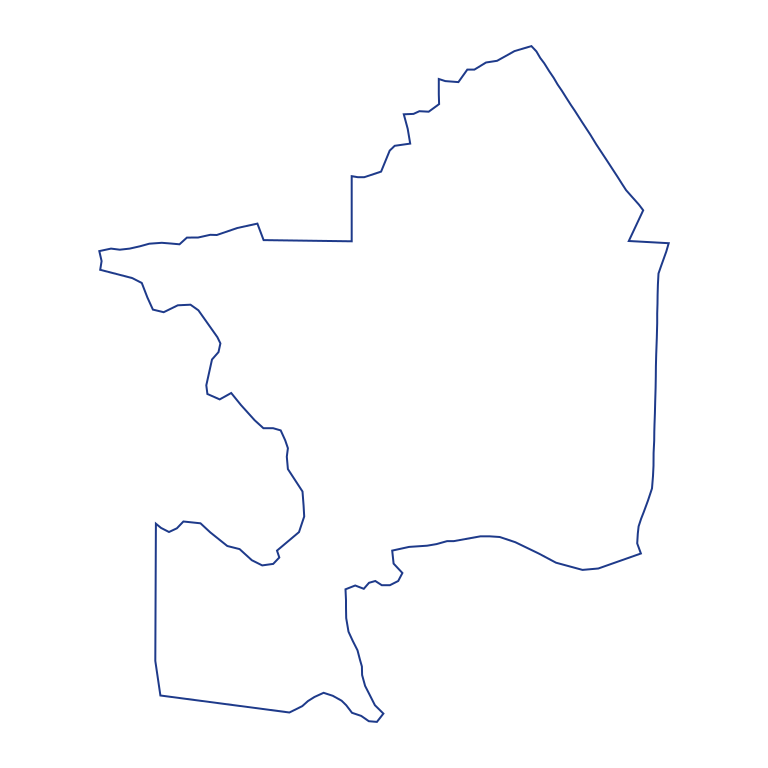 Caxingó, Piauí, Brazil
{"feature_id": "56859067B67253646809500", "entity_name": "Caxingó", "entity_type": "district", "adm_level": 2, "iso_a3": "BRA", "parent_name": "Brazil", "parent_adm1": "Piauí", "projection": "natural_earth1", "projection_center": [-41.859, -3.393], "detail": "fine", "context": "isolated", "style": "outline", "palette": "blue", "viewbox_px": 768, "rotation_deg": 0, "n_neighbors": 0, "source": "geoboundaries", "source_scale": "gbopen_adm2", "svg_char_len": 2423}
<svg xmlns="http://www.w3.org/2000/svg" viewBox="0 0 768 768"><path d="M257.4,223.6L237.3,228.0L216.8,235.0L210.3,234.8L198.2,237.5L186.9,237.6L179.5,244.3L170.6,243.5L161.8,242.8L149.3,243.7L139.9,246.3L129.7,248.6L119.8,249.7L111.0,248.6L99.3,251.1L101.6,261.1L100.2,269.8L132.3,278.1L141.8,283.0L147.4,297.5L152.9,309.6L163.7,312.2L177.8,305.3L190.5,304.7L198.4,310.3L217.4,337.2L220.4,343.4L218.5,352.1L212.0,359.5L206.3,385.3L207.4,394.0L219.7,399.4L231.2,393.0L241.0,405.1L254.7,420.3L263.4,428.2L273.1,428.2L280.7,430.4L285.2,440.3L287.9,448.2L286.8,456.7L287.9,469.1L302.5,491.5L303.6,505.8L304.2,516.5L299.0,532.1L277.0,550.6L279.3,557.5L273.2,563.9L262.2,565.4L251.8,560.2L239.6,549.1L227.3,546.0L210.3,532.4L200.5,523.3L183.4,521.5L176.9,528.3L169.0,532.0L161.0,527.9L155.9,523.7L155.3,660.9L160.4,695.5L289.4,712.5L302.3,706.1L307.9,701.1L314.4,697.0L323.6,692.8L332.8,695.8L341.6,700.7L346.2,705.2L352.0,712.8L361.2,715.9L368.8,721.2L376.9,721.9L383.4,713.6L374.9,705.2L369.6,694.7L365.1,685.9L362.1,675.0L361.9,666.5L360.0,659.9L357.5,650.3L352.7,640.8L348.5,631.7L346.2,618.1L346.0,607.5L346.0,600.2L345.5,589.3L355.2,585.5L363.8,588.8L369.0,582.8L375.3,581.0L381.8,585.2L389.9,585.2L398.2,581.0L402.4,573.0L393.6,563.6L392.2,550.6L409.1,546.9L427.1,545.7L436.5,544.1L447.2,541.1L453.9,541.1L480.6,536.3L489.2,536.3L499.7,537.0L515.3,542.2L538.7,553.5L556.0,562.7L582.5,569.9L598.3,568.5L640.9,553.5L637.2,543.4L637.8,533.6L638.6,526.4L641.1,518.8L643.8,511.9L648.0,500.5L652.0,488.4L653.0,476.0L653.5,465.8L653.6,452.8L654.2,440.7L654.3,431.6L654.5,424.5L654.9,413.4L655.2,401.3L655.6,388.0L655.8,376.6L655.9,366.4L656.2,354.6L656.8,338.1L657.2,323.1L657.2,313.4L657.5,303.5L657.6,295.2L657.9,284.6L658.5,273.5L661.1,266.0L666.3,251.5L668.7,243.2L628.8,241.0L643.2,210.3L638.9,204.6L632.4,197.3L626.1,190.2L621.9,183.7L617.6,176.9L612.7,169.4L606.7,160.2L599.9,149.9L596.2,144.3L590.4,134.8L582.0,122.0L574.9,110.9L571.1,105.3L566.5,98.1L561.9,90.8L557.6,84.5L553.8,78.0L549.2,71.2L544.2,63.2L540.2,57.9L536.4,51.4L531.4,46.1L514.5,51.1L497.1,60.8L486.0,62.5L474.4,69.6L467.3,69.6L458.4,82.1L445.3,81.1L438.8,79.0L438.8,86.7L438.8,94.2L439.1,104.1L428.7,111.7L419.4,111.2L413.5,113.9L403.8,114.3L407.7,128.8L410.2,143.6L394.7,145.8L389.7,150.6L381.1,171.6L364.2,177.2L357.9,177.2L351.7,176.2L351.7,222.3L351.7,231.9L351.7,241.3L263.6,240.1L257.4,223.6Z" fill="none" stroke="#1e3a8a" stroke-width="2"/></svg>